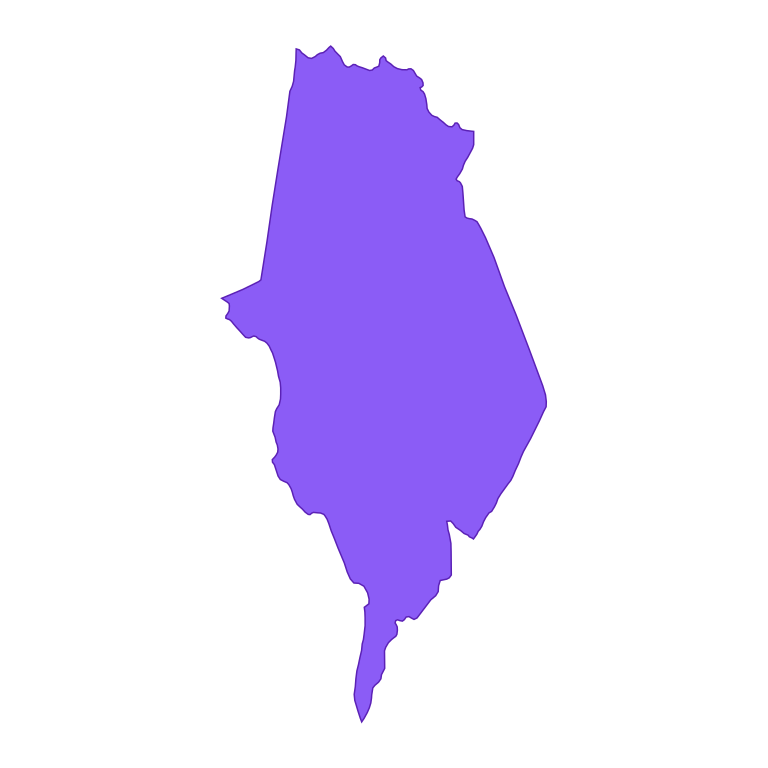 the district of Mouloundou, Ogooué-Lolo, Gabon
{"feature_id": "22940354B50404497002370", "entity_name": "Mouloundou", "entity_type": "district", "adm_level": 2, "iso_a3": "GAB", "parent_name": "Gabon", "parent_adm1": "Ogooué-Lolo", "projection": "equal_earth", "projection_center": [12.887, -0.678], "detail": "fine", "context": "isolated", "style": "filled", "palette": "violet", "viewbox_px": 768, "rotation_deg": 0, "n_neighbors": 0, "source": "geoboundaries", "source_scale": "gbopen_adm2", "svg_char_len": 3952}
<svg xmlns="http://www.w3.org/2000/svg" viewBox="0 0 768 768"><path d="M296.2,48.9L296.1,52.0L295.9,60.4L295.2,67.1L294.6,70.7L293.6,81.3L292.2,86.3L289.9,91.3L286.5,116.8L278.0,168.8L272.2,205.3L266.9,242.1L260.9,279.9L258.9,281.5L242.9,289.4L221.7,298.3L224.2,300.0L227.1,301.9L229.1,303.5L229.4,306.0L229.1,311.0L227.6,313.7L226.0,315.9L225.8,318.1L227.6,319.0L229.5,319.6L231.4,321.2L233.7,324.1L236.8,327.7L239.5,330.6L242.9,334.4L245.6,337.3L248.6,337.9L250.4,337.6L252.3,336.6L253.8,336.0L256.3,336.7L257.3,337.8L259.2,339.2L261.5,340.1L264.7,341.3L267.0,343.2L269.2,346.1L271.2,350.4L272.5,352.9L274.1,357.8L275.5,362.3L277.6,371.0L278.5,376.3L280.2,382.2L280.7,387.9L280.7,394.2L280.5,399.0L279.2,404.8L276.7,408.7L275.4,411.5L274.4,417.7L273.7,423.3L273.0,427.8L272.8,431.2L274.1,434.6L275.1,437.2L276.1,442.0L277.3,445.0L278.0,449.0L277.7,452.2L276.1,455.2L274.6,457.2L272.3,459.6L272.5,462.2L274.4,464.7L275.4,467.8L276.8,472.1L278.1,476.1L280.3,479.5L283.8,481.3L287.1,482.7L288.8,484.6L291.1,488.7L292.3,492.2L293.2,495.6L294.5,499.3L297.2,504.3L299.5,506.5L302.5,509.2L305.1,512.1L308.2,514.4L310.0,514.6L311.7,513.2L313.4,512.4L317.4,512.8L320.5,513.0L323.9,514.4L325.2,516.1L327.1,519.2L328.8,523.5L331.2,530.8L334.2,538.1L338.2,548.4L344.3,562.9L347.2,571.9L350.3,578.9L353.9,583.0L358.8,583.3L363.9,586.2L367.6,592.8L369.1,599.2L368.9,603.8L364.3,607.3L364.9,612.1L365.1,617.7L365.1,625.7L364.2,633.6L363.4,639.6L362.2,644.0L361.6,650.4L359.9,657.7L358.5,664.5L356.9,670.9L355.9,678.8L355.3,686.7L354.2,694.4L354.8,700.4L356.6,706.4L358.0,711.1L360.3,718.2L361.7,721.9L364.1,718.3L367.2,712.7L369.3,707.9L370.8,703.0L371.5,698.0L371.7,694.9L372.8,687.9L374.9,685.3L378.6,682.1L380.9,678.8L381.5,674.6L382.7,672.3L384.7,668.4L384.5,650.8L385.7,647.3L388.4,642.7L391.5,639.6L393.6,637.9L395.8,636.3L396.9,634.3L397.4,630.2L397.2,626.9L396.1,624.5L395.1,623.0L395.7,620.6L397.6,619.8L399.8,620.6L402.4,621.1L404.3,619.7L406.2,617.0L409.0,616.6L411.3,618.0L414.0,619.4L417.0,618.0L422.0,611.4L430.8,599.8L435.7,595.7L438.2,591.6L438.6,585.7L440.2,580.5L446.8,579.1L449.3,577.8L451.3,575.0L451.1,551.8L450.9,543.4L449.3,534.5L448.0,529.9L447.4,524.8L446.7,521.3L450.7,521.0L453.2,523.6L455.8,527.3L460.7,530.6L464.1,533.5L468.0,535.1L469.4,536.8L472.4,538.2L473.4,539.0L474.4,537.7L476.8,534.3L478.2,531.3L479.9,529.4L481.6,526.6L481.8,526.3L483.5,521.8L485.7,517.6L489.0,512.9L491.6,511.4L494.4,506.9L496.4,502.9L497.9,498.6L500.8,493.9L508.1,483.8L510.8,480.4L512.9,476.3L515.3,470.4L518.5,463.6L521.1,456.8L523.5,451.4L530.6,438.6L539.3,421.0L543.6,411.5L546.1,406.8L546.3,401.7L545.5,394.9L542.7,385.7L529.0,348.8L516.2,315.2L504.5,286.7L494.1,257.7L485.5,237.7L480.8,228.3L478.9,224.9L477.0,221.7L474.5,220.2L472.0,219.0L469.6,218.7L467.1,218.1L465.1,216.9L464.1,210.0L463.4,199.9L462.9,192.9L462.3,186.4L460.5,182.9L459.3,181.6L457.1,180.7L456.1,179.1L457.4,176.9L459.9,173.4L462.4,169.0L463.4,165.4L465.1,161.4L467.8,157.2L470.5,152.2L472.6,148.2L473.7,144.7L473.7,138.7L473.7,131.4L471.6,131.2L466.7,130.6L462.1,129.6L459.9,127.7L458.6,124.5L457.1,123.0L455.1,123.1L453.9,125.1L452.0,126.8L448.5,126.5L446.1,124.9L443.7,122.7L439.7,119.5L437.2,117.3L434.5,116.6L431.8,115.3L428.9,112.1L427.1,108.5L426.8,104.6L425.9,98.7L424.5,94.0L423.0,91.6L420.8,90.1L420.1,87.6L421.7,87.0L423.1,85.5L423.0,82.8L421.6,79.5L419.7,78.0L416.7,76.1L415.2,73.6L413.4,70.5L411.0,68.8L408.7,68.9L406.9,69.8L402.0,69.7L397.4,68.6L393.8,66.7L390.8,64.0L387.7,61.9L386.1,60.6L385.6,58.0L383.3,56.0L380.9,57.9L379.8,59.7L379.7,62.8L378.8,66.2L376.7,67.1L374.3,68.0L372.3,70.0L369.6,70.5L366.7,69.4L362.5,67.8L358.7,66.6L356.7,65.7L355.5,64.7L353.2,64.5L351.5,65.8L349.2,67.1L347.2,67.0L344.3,64.9L342.6,61.8L340.3,56.6L337.8,54.1L334.9,51.1L333.3,48.5L330.7,46.1L329.0,47.5L326.5,50.2L323.3,52.6L320.1,53.2L317.3,54.7L315.3,56.5L311.6,58.4L308.1,57.8L304.4,54.8L301.9,53.0L299.4,49.9L296.2,48.9Z" fill="#8b5cf6" stroke="#5b21b6" stroke-width="1.5"/></svg>